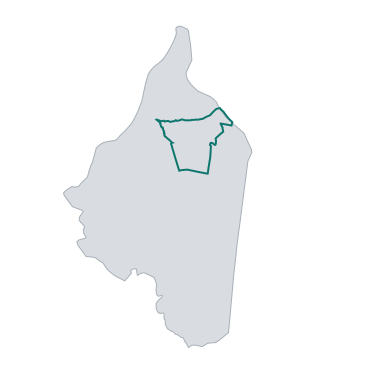 Deir-ez-Zor, Dayr Az Zawr, Syria shown in context, rotated 311°
{"feature_id": "27442178B9541206135539", "entity_name": "Deir-ez-Zor", "entity_type": "district", "adm_level": 2, "iso_a3": "SYR", "parent_name": "Syria", "parent_adm1": "Dayr Az Zawr", "projection": "equal_earth", "projection_center": [40.368, 35.564], "detail": "fine", "context": "in_parent", "style": "outline", "palette": "teal", "viewbox_px": 384, "rotation_deg": 311, "n_neighbors": 0, "source": "geoboundaries", "source_scale": "gbopen_adm2", "svg_char_len": 5272}
<svg xmlns="http://www.w3.org/2000/svg" viewBox="0 0 384 384"><g transform="rotate(311 192 192)"><path d="M78.9,137.8L81.6,138.1L87.3,141.9L88.2,141.8L90.1,136.8L91.8,135.1L95.4,133.7L96.5,125.7L98.2,124.1L100.2,123.3L103.3,123.1L106.0,122.7L106.2,121.3L102.6,112.0L102.9,109.7L104.9,100.4L106.1,96.8L107.2,95.6L111.4,96.1L117.3,97.7L118.8,100.4L121.7,102.7L126.1,102.6L131.1,103.0L135.0,103.2L138.2,101.5L145.3,98.4L148.8,97.4L152.0,96.0L162.3,90.9L166.4,91.3L169.2,92.0L171.3,92.8L176.1,96.3L180.0,99.8L182.8,100.8L187.8,100.7L195.1,101.4L204.0,101.4L209.2,100.4L215.9,98.7L227.7,94.5L243.3,85.8L252.5,81.6L256.4,81.1L261.5,81.1L266.7,82.2L272.5,83.0L275.2,82.9L281.5,82.0L289.6,80.3L294.8,78.9L301.0,76.5L304.8,72.6L306.0,72.2L307.6,72.9L308.4,73.2L310.0,75.4L311.7,81.1L311.7,81.8L311.4,83.4L307.4,88.1L301.9,94.5L298.0,98.6L291.4,105.4L286.4,106.8L278.1,109.3L275.8,111.7L273.7,115.5L272.5,120.8L272.2,124.1L272.0,130.3L274.0,136.7L275.9,142.9L276.2,147.0L276.0,151.0L274.2,155.3L272.2,161.2L271.1,167.9L270.5,180.4L270.5,191.1L270.4,192.8L266.9,200.4L262.9,209.2L261.0,211.3L252.0,213.9L242.3,220.4L231.4,227.6L221.5,234.2L211.0,241.2L200.2,248.4L192.4,253.5L182.0,260.4L172.6,267.0L162.9,273.7L155.6,278.7L144.5,286.8L138.0,291.5L128.4,298.4L119.9,304.6L109.8,311.8L97.4,309.7L93.5,308.4L90.3,305.0L88.0,303.1L82.1,301.2L78.4,294.7L76.2,292.4L72.3,291.4L74.0,287.3L74.4,284.5L76.2,281.2L75.1,279.0L74.7,274.4L74.0,273.2L73.7,272.0L74.3,270.5L74.1,269.0L73.5,268.3L73.2,266.0L72.7,264.3L73.0,262.2L73.9,260.9L74.8,258.3L75.9,257.5L77.6,255.9L78.0,254.2L79.6,252.5L81.6,251.1L82.0,250.1L81.8,249.4L79.8,248.2L78.7,246.0L79.7,242.9L80.4,241.9L81.6,240.4L84.3,238.1L86.5,237.7L88.3,237.7L91.3,237.9L93.7,238.3L94.3,237.7L94.2,237.0L91.3,235.1L91.2,233.6L91.9,231.9L94.1,229.4L96.6,227.5L97.8,227.2L100.7,223.4L102.6,219.2L99.8,209.1L98.1,207.4L95.2,206.0L93.5,205.8L93.4,205.1L95.7,202.6L97.4,200.3L95.6,198.2L92.5,197.2L91.2,199.4L87.1,199.6L80.8,199.6L78.2,188.8L77.9,184.2L78.0,178.8L80.1,171.0L79.3,167.3L79.2,164.9L78.8,161.5L73.9,154.3L76.9,141.0L78.9,137.8Z" fill="#d9dde1" stroke="#a8b0b8" stroke-width="1"/><path d="M216.1,191.8L216.5,191.6L217.3,191.1L219.9,189.4L221.1,188.6L224.4,186.6L225.4,185.9L228.9,183.8L231.1,182.3L232.4,181.3L234.6,179.6L237.5,177.4L238.4,176.7L239.1,176.2L239.2,175.8L239.2,175.0L239.7,174.3L240.6,174.1L241.3,173.9L241.8,174.3L241.8,174.5L242.0,174.7L242.0,174.8L242.0,175.0L242.2,175.3L242.3,175.4L242.3,175.5L242.4,175.8L242.4,177.4L242.4,178.1L242.5,178.2L242.5,178.3L242.6,178.5L242.8,178.6L243.0,178.7L243.3,178.6L243.4,178.4L243.5,178.4L243.7,178.2L243.8,178.2L243.9,178.3L244.0,178.3L246.1,176.8L247.9,174.7L248.4,174.7L249.0,174.8L249.3,174.8L250.0,174.9L251.0,175.0L252.8,175.2L255.0,175.5L256.9,175.8L258.0,176.0L258.4,175.5L258.7,175.1L259.3,174.3L259.8,173.6L260.3,173.1L260.8,172.7L260.8,172.4L260.9,172.1L261.0,171.9L261.2,171.5L261.4,170.9L261.5,170.5L261.6,170.3L261.8,170.0L262.0,169.6L262.2,169.3L262.3,169.1L262.4,168.7L262.5,168.7L263.3,170.1L264.9,172.7L266.4,175.3L266.9,176.2L268.1,178.2L268.8,177.8L270.1,177.1L271.2,176.5L271.2,175.4L271.4,171.9L271.5,171.1L271.7,169.8L272.0,168.2L272.3,166.9L273.0,164.0L273.2,163.2L273.2,162.5L273.4,158.9L273.4,158.4L273.6,158.0L273.2,157.7L270.8,155.9L268.6,155.6L267.2,155.5L265.8,155.4L264.1,155.3L263.6,155.3L262.2,155.4L260.6,154.7L259.8,154.3L258.2,153.5L256.3,152.8L255.9,152.7L254.8,152.3L254.2,152.1L254.0,151.9L253.6,151.6L253.5,151.3L253.2,151.0L252.6,150.7L252.1,150.4L250.9,149.4L250.5,149.0L250.1,148.6L249.9,148.4L249.4,147.6L247.9,146.3L247.0,145.4L246.7,145.0L246.5,144.7L246.0,144.4L245.5,144.1L245.2,143.9L244.6,143.2L244.2,142.8L243.5,142.0L243.2,141.6L242.4,140.8L242.2,140.4L241.7,139.8L241.3,139.4L241.1,138.8L240.9,138.3L240.8,138.0L240.6,137.4L240.2,136.8L239.6,136.4L238.7,136.1L238.4,135.8L237.7,135.4L237.4,135.2L236.8,134.8L236.4,134.6L236.1,134.1L235.7,133.6L235.6,132.8L235.5,132.6L234.7,132.5L234.3,132.4L233.8,132.1L233.0,131.4L232.6,131.0L232.2,130.7L231.5,130.3L231.0,129.9L230.7,129.7L230.4,128.7L230.3,128.1L229.8,127.3L229.5,126.9L229.1,126.6L228.3,125.9L227.9,125.6L227.3,125.1L227.5,124.7L227.2,123.8L226.7,123.5L225.5,122.7L225.1,122.1L223.5,117.8L223.3,117.7L223.3,119.2L223.5,121.0L223.3,121.9L223.3,122.1L223.3,122.4L223.1,122.6L223.1,122.9L222.9,123.1L222.8,123.6L222.6,123.7L222.4,123.7L222.2,123.8L221.8,124.8L221.4,125.3L221.4,125.6L221.2,126.1L221.1,126.3L220.9,126.6L221.0,126.8L221.2,127.2L221.3,127.3L221.4,127.6L221.3,127.8L221.2,128.1L220.9,128.5L220.5,128.6L220.2,129.2L219.9,129.7L219.9,129.9L219.8,130.2L219.7,130.5L219.3,130.8L219.2,131.4L219.0,131.5L218.9,131.6L218.7,131.8L218.6,132.1L218.4,132.2L218.2,132.3L217.9,132.3L217.8,132.5L217.7,132.9L217.8,133.1L217.5,133.3L217.2,133.4L217.1,133.7L216.9,133.8L216.8,134.1L216.4,134.3L216.2,135.3L216.5,136.0L216.3,137.2L216.4,142.1L216.1,144.5L216.2,144.8L215.7,144.5L214.7,144.5L214.5,144.8L214.2,145.2L214.1,145.6L213.9,145.9L213.4,146.7L213.1,147.1L212.6,147.9L211.9,148.9L208.4,154.5L207.9,155.2L200.5,167.0L199.7,168.4L201.6,169.7L201.9,170.0L203.7,171.7L204.2,172.2L204.8,172.9L205.1,173.1L205.9,173.9L207.7,177.2L209.5,180.3L210.1,181.5L210.5,182.1L211.1,183.3L211.6,184.1L212.5,185.7L216.1,191.8Z" fill="none" stroke="#0f766e" stroke-width="2"/></g></svg>